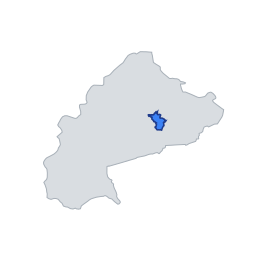 location of Kouritenga, Kouritenga, Burkina Faso, rotated 344°
{"feature_id": "67063806B40595440400203", "entity_name": "Kouritenga", "entity_type": "district", "adm_level": 2, "iso_a3": "BFA", "parent_name": "Burkina Faso", "parent_adm1": "Kouritenga", "projection": "orthographic", "projection_center": [-0.33, 12.181], "detail": "fine", "context": "in_parent", "style": "filled", "palette": "blue", "viewbox_px": 256, "rotation_deg": 344, "n_neighbors": 0, "source": "geoboundaries", "source_scale": "gbopen_adm2", "svg_char_len": 6214}
<svg xmlns="http://www.w3.org/2000/svg" viewBox="0 0 256 256"><g transform="rotate(344 128 128)"><path d="M188.7,159.5L182.4,159.8L180.1,160.5L178.7,160.5L178.6,159.9L178.5,159.6L170.5,157.7L164.9,156.5L159.3,155.2L158.9,156.4L158.1,157.2L156.9,157.3L156.0,157.1L155.5,158.0L154.5,159.2L153.2,159.8L151.9,160.6L151.2,161.2L150.7,161.2L149.4,159.7L147.7,159.5L144.4,159.8L143.0,159.3L141.0,159.1L136.4,159.4L128.9,158.8L127.7,159.1L127.4,159.4L120.0,159.4L111.9,159.5L105.1,159.5L99.1,159.5L99.1,159.2L97.2,159.2L97.0,159.7L95.2,165.9L95.0,169.3L95.9,171.4L96.9,172.7L98.0,173.3L98.1,174.1L97.2,175.0L97.3,176.0L98.3,177.1L98.6,178.2L98.1,179.3L98.2,182.0L98.9,186.4L98.9,189.2L98.2,190.5L98.5,192.7L100.0,195.8L100.2,197.1L99.7,197.7L98.4,198.5L97.2,198.4L95.8,196.5L95.2,195.7L94.0,193.8L93.0,191.9L91.7,191.0L90.4,190.2L88.8,187.8L87.3,186.6L85.7,186.9L83.3,186.4L78.5,185.8L73.4,185.9L71.2,186.4L69.1,187.3L63.7,189.2L61.6,190.1L60.0,192.5L58.2,192.4L56.3,191.6L55.2,190.5L52.8,190.7L50.4,189.6L48.2,187.4L46.5,186.7L44.4,185.2L43.9,182.2L42.5,180.2L41.3,177.3L39.5,176.0L37.4,175.3L34.4,175.4L32.5,174.2L31.0,172.5L31.5,171.1L32.2,169.1L32.3,167.1L32.8,163.9L32.6,159.9L32.1,157.1L33.7,156.0L35.6,155.0L36.8,153.1L38.1,148.9L38.7,145.3L38.3,143.9L37.7,142.8L37.3,141.2L37.0,139.3L37.4,137.6L38.8,136.1L40.6,134.8L41.9,134.2L45.2,133.6L49.4,132.7L51.8,131.7L53.6,130.6L54.6,129.7L55.6,128.0L57.3,126.6L58.5,125.2L58.8,121.3L58.8,119.1L57.9,117.9L57.4,116.8L63.6,113.9L63.7,111.8L62.9,109.3L61.7,107.4L61.3,105.7L63.0,103.8L64.5,102.4L65.6,101.1L68.1,99.2L70.6,98.8L72.9,99.5L79.6,104.1L80.7,104.4L82.1,104.1L83.9,102.9L86.3,102.0L87.1,99.0L87.1,94.6L87.7,92.6L88.9,92.2L92.7,93.1L93.7,93.2L94.9,92.9L95.7,92.1L95.7,90.7L95.5,89.5L96.8,85.4L99.2,82.3L103.8,78.5L105.3,77.8L107.0,77.4L115.3,80.1L116.7,79.4L118.7,72.9L121.0,72.3L123.7,72.2L125.5,71.7L126.4,71.2L130.4,68.7L137.4,65.4L141.1,64.0L141.9,63.4L144.5,61.0L148.1,58.3L150.4,57.7L153.5,57.5L155.5,58.0L156.0,58.8L156.7,59.2L160.8,58.0L166.6,59.8L171.7,61.7L171.4,62.8L171.4,64.9L171.0,68.1L170.5,72.0L172.6,74.5L175.1,77.2L175.8,78.3L175.1,80.9L175.6,82.5L176.9,85.1L179.2,88.4L181.5,91.8L183.1,92.3L184.7,92.5L185.6,93.1L187.0,93.7L188.3,94.1L189.5,94.8L190.3,95.6L191.3,97.7L193.9,99.0L195.7,100.4L195.0,101.1L192.7,100.8L190.6,100.2L190.3,101.2L190.2,105.1L190.6,108.3L191.1,108.7L193.2,109.3L198.4,113.4L203.1,117.4L204.7,118.4L207.3,118.7L210.2,118.9L211.4,118.5L214.2,116.5L215.7,116.3L217.1,116.3L217.8,116.6L219.2,118.2L220.5,120.7L220.9,122.5L220.7,123.4L220.3,123.8L218.0,124.3L217.0,124.7L216.8,125.2L217.2,126.4L217.6,127.2L220.2,130.7L223.8,135.4L225.0,136.7L224.4,138.1L222.5,141.8L221.2,143.4L215.1,148.7L212.1,148.1L205.8,149.2L204.8,148.0L203.3,147.9L201.5,148.1L200.9,148.6L200.7,149.1L200.0,149.8L198.9,151.9L198.0,152.4L196.8,152.8L195.5,152.7L194.7,153.0L194.7,154.0L194.4,154.9L193.5,155.4L193.1,156.4L193.2,157.4L192.6,157.9L191.5,157.6L190.8,157.4L190.1,158.6L189.3,159.5L188.7,159.5Z" fill="#d9dde1" stroke="#a8b0b8" stroke-width="1"/><path d="M160.7,120.4L160.5,120.5L160.4,120.5L160.3,120.4L160.2,120.6L159.9,120.6L159.9,120.8L159.7,120.8L159.7,120.7L159.5,120.8L159.4,120.8L159.4,120.7L159.2,120.5L159.1,120.8L159.0,120.6L158.9,120.8L158.7,120.8L158.4,120.8L158.4,121.0L158.2,121.0L157.9,121.2L157.7,121.2L157.7,121.3L157.3,121.4L157.2,121.5L156.9,121.6L156.8,121.8L156.7,121.9L156.7,122.0L156.4,122.2L156.2,122.2L156.2,122.3L155.9,122.3L155.7,122.3L155.6,122.2L155.4,122.1L155.2,122.2L154.9,122.1L154.7,121.9L154.5,122.0L154.4,122.0L154.3,121.9L154.2,121.9L154.0,121.7L153.9,121.7L153.7,121.7L153.4,121.6L153.2,121.7L152.9,121.5L152.8,121.4L152.7,121.4L152.3,121.2L152.2,121.2L151.9,121.0L151.7,121.0L151.3,120.9L151.2,120.9L151.1,121.2L151.1,121.4L151.1,121.8L151.1,122.1L151.2,122.4L151.5,122.7L152.3,122.6L152.6,122.6L153.0,122.7L153.1,123.3L153.1,123.6L153.1,123.9L153.1,124.1L153.3,124.2L153.8,124.2L154.0,124.2L154.0,124.4L154.0,124.8L153.9,125.0L153.6,125.3L153.5,125.6L153.4,125.9L153.4,126.1L153.6,126.4L153.7,126.5L153.8,126.6L153.9,126.8L153.9,127.0L154.0,127.2L154.2,127.3L154.3,127.3L154.5,127.5L154.5,127.8L154.6,128.2L154.6,128.4L154.5,128.5L154.5,128.8L154.6,129.0L154.9,129.0L155.2,129.1L155.3,129.1L155.4,129.4L155.5,129.6L155.8,129.7L155.9,129.8L156.0,130.1L156.2,130.3L155.9,130.3L155.8,130.5L156.0,130.8L156.1,131.0L156.1,131.4L156.0,131.6L156.5,132.0L156.4,132.2L156.4,132.4L156.3,132.5L156.2,132.6L156.2,132.8L156.1,133.1L156.0,133.3L155.9,133.4L155.8,133.6L155.6,133.7L155.5,133.8L155.5,134.0L155.3,134.0L155.2,134.1L154.8,134.2L154.7,134.2L154.6,134.3L154.9,134.4L154.9,134.6L154.3,135.2L154.3,135.3L154.4,135.5L154.8,135.8L155.0,136.0L155.0,136.3L155.0,136.5L155.1,136.9L155.1,137.0L155.3,137.3L155.3,137.5L155.5,137.8L156.1,138.0L156.3,138.0L156.5,138.0L157.0,138.2L157.3,138.4L157.7,138.5L157.9,138.5L158.3,138.5L158.8,138.5L159.0,138.7L159.0,138.8L159.3,139.3L159.8,139.3L159.9,139.2L160.0,139.1L160.0,138.9L160.0,138.7L160.3,138.4L160.6,138.0L160.7,137.9L160.9,137.6L161.2,137.2L162.4,136.0L162.6,135.8L162.8,135.8L163.0,135.8L163.2,135.7L163.2,135.2L163.2,134.9L163.4,134.7L163.4,134.4L163.4,133.8L163.4,133.7L163.5,133.5L163.6,133.3L163.7,133.2L163.6,132.9L163.5,132.7L163.9,132.3L164.0,132.3L164.1,132.2L164.3,132.3L164.5,132.3L164.7,132.5L164.8,132.5L165.0,132.5L165.2,132.4L165.2,132.0L165.3,131.9L165.6,131.9L165.8,132.0L166.1,131.8L166.3,131.7L166.5,131.5L166.4,131.5L166.3,131.1L166.1,130.8L166.0,130.6L165.9,130.6L165.5,130.5L165.4,130.5L165.4,130.3L165.3,129.8L165.3,129.6L165.2,129.3L165.0,129.2L164.7,129.2L164.4,128.8L164.2,128.4L164.0,128.2L163.9,128.1L163.4,127.9L163.1,127.8L162.6,127.6L162.2,127.6L161.9,127.5L161.8,127.4L161.7,127.4L161.5,127.2L161.5,126.9L161.5,126.7L161.6,126.4L161.8,126.3L161.8,126.2L161.9,125.9L162.0,125.7L162.3,125.5L162.3,125.4L162.4,125.1L162.5,125.1L162.8,124.9L162.9,124.7L163.0,124.5L162.9,124.3L162.7,124.2L162.4,123.8L162.2,123.7L161.9,123.5L161.5,123.6L160.9,123.6L160.7,123.6L160.3,123.4L160.2,123.2L160.1,122.8L160.2,122.6L160.3,122.4L160.2,122.2L160.3,122.0L160.3,121.9L160.3,121.7L160.5,121.4L160.5,121.2L160.4,121.1L160.5,121.0L160.4,120.9L160.5,120.8L160.5,120.7L160.7,120.4Z" fill="#3b82f6" stroke="#1e3a8a" stroke-width="1.5"/></g></svg>